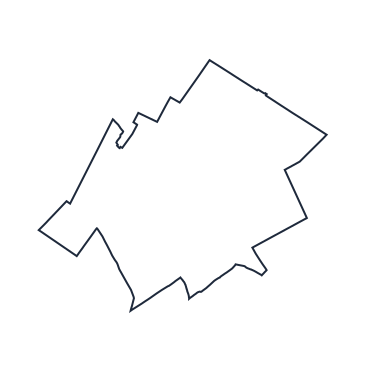 outline of Matca, Galati, Romania, rotated 130°
{"feature_id": "2599482B31737152321862", "entity_name": "Matca", "entity_type": "district", "adm_level": 2, "iso_a3": "ROU", "parent_name": "Romania", "parent_adm1": "Galati", "projection": "equal_earth", "projection_center": [27.578, 45.852], "detail": "fine", "context": "isolated", "style": "outline", "palette": "slate", "viewbox_px": 384, "rotation_deg": 130, "n_neighbors": 0, "source": "geoboundaries", "source_scale": "gbopen_adm2", "svg_char_len": 3086}
<svg xmlns="http://www.w3.org/2000/svg" viewBox="0 0 384 384"><g transform="rotate(130 192 192)"><path d="M322.4,162.7L320.9,162.3L310.2,158.9L305.3,157.5L304.7,157.3L303.1,156.8L300.0,155.9L297.7,155.3L292.4,153.9L286.3,152.1L283.6,151.2L279.7,149.9L278.9,149.4L276.4,148.7L274.8,148.3L272.3,147.7L271.7,147.6L271.0,147.5L268.8,146.9L266.9,146.4L265.0,145.9L265.1,145.7L265.1,145.2L265.2,144.8L265.2,144.5L265.4,143.7L265.5,142.9L265.5,142.7L265.6,142.3L265.7,142.0L265.9,141.3L266.1,140.1L266.5,139.1L267.0,138.2L267.1,137.9L267.3,137.3L267.8,136.7L268.2,135.9L269.0,134.9L269.2,134.6L269.3,134.2L269.7,133.9L270.0,133.3L270.4,132.6L271.0,131.9L271.6,130.9L272.2,129.8L272.5,129.3L272.9,128.7L273.7,127.6L274.3,127.0L274.8,126.5L275.2,125.9L275.6,125.6L274.3,125.4L273.6,125.2L272.8,125.0L271.4,124.6L269.8,124.3L267.2,123.6L266.0,123.4L265.3,123.2L264.4,122.7L263.7,122.3L263.3,122.0L263.1,121.7L263.0,121.4L262.9,121.1L262.7,120.9L261.9,120.6L261.2,120.5L260.3,120.3L257.9,119.7L257.5,119.6L256.3,119.3L255.4,119.2L253.4,118.9L252.7,118.8L252.4,118.7L251.6,118.6L250.0,118.4L245.9,117.9L244.3,117.5L240.9,116.4L240.1,116.0L239.6,115.7L239.1,115.7L238.8,115.8L238.5,115.7L237.5,115.5L235.8,115.0L233.5,114.4L231.3,113.7L229.7,113.3L227.8,112.8L224.9,112.1L223.3,112.0L220.2,111.9L219.4,112.1L218.6,110.6L216.9,107.5L215.5,105.0L215.3,104.6L215.0,103.9L215.0,103.2L215.0,102.5L215.0,101.6L214.8,101.0L214.5,99.9L214.1,98.8L213.8,97.8L213.6,97.3L213.4,97.1L213.4,96.8L213.2,96.2L212.9,95.4L212.8,94.8L212.5,93.8L212.2,92.2L212.0,91.2L211.8,89.8L211.5,88.3L211.2,86.6L211.1,86.2L211.0,85.9L211.0,85.5L211.0,85.0L210.0,85.0L209.1,84.9L206.7,84.8L205.6,84.7L204.1,84.6L203.9,84.6L203.7,85.1L203.5,85.7L203.4,86.2L203.2,86.7L202.0,91.3L200.6,96.1L198.3,103.5L195.8,110.0L178.2,103.1L138.1,87.3L115.4,135.2L99.5,129.0L89.2,128.1L66.9,126.0L61.6,125.7L64.5,148.8L66.8,165.8L68.5,179.6L69.9,191.4L70.6,197.2L70.5,197.6L69.7,197.7L69.0,197.7L69.2,199.4L69.7,199.5L70.0,200.0L70.4,202.5L71.0,207.2L72.3,207.4L73.2,214.2L74.8,226.1L77.3,245.6L79.7,263.3L83.0,263.0L98.8,261.5L102.3,261.2L127.3,259.1L131.4,258.9L133.3,269.4L138.3,268.5L143.3,267.5L160.7,263.8L165.9,284.0L168.5,283.4L176.2,281.7L175.7,277.3L176.1,277.1L185.9,275.0L203.0,273.8L203.4,275.8L204.9,275.6L205.0,276.0L204.9,277.1L204.8,278.4L204.6,279.2L203.6,279.1L202.8,281.7L200.7,282.2L199.7,282.2L196.2,282.3L195.0,282.9L194.0,283.6L192.1,283.2L190.7,283.4L189.8,283.7L189.4,286.2L188.9,288.5L188.6,289.1L188.2,290.8L187.9,291.6L187.5,296.7L187.2,297.9L187.2,299.4L219.9,291.7L279.3,277.9L279.7,282.2L306.6,283.9L308.9,284.0L319.7,284.9L318.8,276.1L317.2,259.9L315.3,240.5L315.2,239.1L312.5,239.3L311.9,239.4L304.5,239.9L303.8,240.0L291.2,240.9L282.4,241.6L281.0,241.6L280.9,241.3L281.4,239.4L283.6,232.0L286.0,226.5L286.3,225.7L287.4,222.9L290.3,216.0L291.6,213.2L292.1,212.0L293.6,207.6L294.4,204.4L295.2,202.6L297.8,198.3L298.8,195.8L298.9,195.4L299.9,192.8L303.5,183.3L306.2,175.8L309.8,169.4L310.7,168.2L318.0,164.7L319.2,164.2L321.6,163.1L322.0,162.9L322.4,162.7Z" fill="none" stroke="#1e293b" stroke-width="2"/></g></svg>